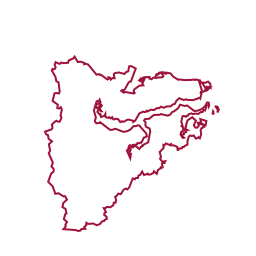 an SVG outline of Yamal-Nenets, rotated 73°
{"feature_id": "RUS-2382", "entity_name": "Yamal-Nenets", "entity_type": "Autonomous Province", "adm_level": 1, "iso_a3": "RUS", "parent_name": "Russia", "parent_adm1": "", "projection": "albers", "projection_center": [74.427, 67.879], "detail": "fine", "context": "isolated", "style": "outline", "palette": "rose", "viewbox_px": 256, "rotation_deg": 73, "n_neighbors": 0, "source": "natural_earth", "source_scale": "10m", "svg_char_len": 5840}
<svg xmlns="http://www.w3.org/2000/svg" viewBox="0 0 256 256"><g transform="rotate(73 128 128)"><path d="M73.4,103.2L84.5,111.7L84.1,112.7L84.8,114.3L90.0,119.6L90.6,121.2L90.0,122.6L90.5,123.6L93.0,121.7L92.5,120.7L96.6,112.6L95.7,112.1L97.3,111.3L94.1,111.7L92.8,110.5L90.9,104.7L91.7,100.9L90.0,101.4L85.7,97.7L84.7,98.6L85.1,100.4L84.2,99.4L84.4,96.5L85.6,92.4L87.0,93.1L88.3,91.2L87.2,89.1L88.5,86.0L88.5,84.2L89.6,80.4L88.7,78.9L86.1,79.8L85.9,77.9L87.8,74.8L86.6,76.0L86.3,75.0L88.3,71.3L92.2,69.7L96.6,65.8L96.4,65.1L98.7,60.0L100.7,52.7L100.6,51.8L101.7,49.8L101.3,49.2L103.6,45.1L105.7,45.1L104.6,46.4L114.3,46.4L116.4,47.8L115.5,48.2L115.8,48.4L117.0,47.9L120.5,50.0L119.9,50.1L120.3,50.9L119.9,51.9L120.4,53.2L120.1,55.0L120.5,57.2L118.5,63.1L117.6,64.0L117.5,66.6L114.5,70.3L116.0,73.5L118.7,76.3L118.6,78.3L119.7,80.8L118.7,84.8L119.1,88.0L117.2,90.3L118.2,92.4L117.4,94.4L118.4,97.8L117.2,101.0L117.9,104.4L117.0,104.8L117.9,106.9L116.8,108.8L117.3,112.8L123.0,118.9L123.6,120.9L122.9,120.5L120.1,125.0L120.0,127.0L120.7,129.3L120.6,131.0L119.8,131.6L120.1,133.7L116.7,134.8L115.4,137.3L115.8,138.4L115.4,139.6L113.1,140.0L114.2,142.4L113.6,141.6L112.1,142.8L112.6,144.1L110.9,146.3L108.0,145.6L109.4,146.9L109.6,150.6L106.9,150.4L107.3,151.0L103.6,152.6L101.1,150.4L103.8,149.3L104.1,148.5L101.3,149.7L98.8,146.4L96.8,147.6L95.5,146.8L92.7,146.9L93.5,147.6L93.3,150.2L101.3,155.5L108.4,155.6L112.0,157.8L114.2,156.9L115.0,153.3L114.4,152.9L124.3,145.9L125.1,144.0L125.0,140.3L130.4,133.5L130.8,129.6L130.2,126.1L127.8,122.2L128.5,120.2L128.3,118.3L128.7,116.6L138.4,112.2L141.4,112.3L141.9,114.1L141.8,115.6L146.0,119.5L145.5,120.6L145.9,121.8L145.1,123.3L146.4,124.3L145.6,128.5L146.3,129.7L145.0,131.0L145.3,132.1L148.9,134.5L149.1,135.7L157.6,134.7L156.0,133.9L156.4,133.4L154.5,134.3L153.8,133.9L154.7,133.4L153.6,132.8L153.4,133.9L150.1,133.3L150.5,132.5L149.4,131.7L147.6,132.3L147.4,129.7L148.0,129.0L147.3,128.2L147.6,126.0L151.4,123.3L149.9,121.4L149.6,119.4L148.8,119.5L147.6,112.9L137.9,107.8L134.7,107.5L132.4,110.2L130.4,110.6L127.7,109.5L125.6,110.5L124.5,109.3L125.3,104.9L123.1,99.4L124.6,93.9L124.3,92.5L127.7,86.6L127.7,84.1L125.6,81.0L125.5,79.0L123.7,74.3L120.9,71.4L123.5,67.5L123.7,64.9L131.2,59.6L131.8,56.2L131.5,52.0L129.9,48.4L131.3,47.3L133.8,49.3L132.9,50.5L134.6,52.1L134.0,53.6L135.1,56.8L133.9,59.3L133.6,62.1L132.6,62.9L132.5,65.6L133.9,67.4L133.4,68.3L134.2,69.5L132.7,71.0L132.8,72.5L137.4,75.1L141.5,75.2L141.8,77.1L142.2,75.2L146.4,75.7L147.4,78.4L150.0,79.6L153.4,78.6L153.6,77.3L150.2,79.3L150.4,76.3L148.9,76.1L148.9,73.6L147.1,73.8L147.3,71.8L145.9,73.4L144.4,72.6L144.7,73.2L138.1,68.9L136.5,63.4L140.9,60.9L144.7,64.3L147.4,63.4L147.9,61.6L146.5,59.6L143.4,59.7L143.8,57.9L144.9,58.3L147.0,55.0L148.9,54.9L148.6,55.5L149.8,56.9L149.6,57.8L151.3,59.2L155.3,59.8L158.9,62.3L157.4,63.4L157.9,64.3L158.0,66.2L154.3,67.4L154.4,69.3L153.3,70.7L153.9,72.3L158.0,75.0L161.3,76.0L161.8,79.3L162.5,80.2L162.1,81.5L163.2,82.5L162.6,85.2L163.7,86.1L163.5,86.9L160.3,86.5L158.0,89.3L157.0,92.2L156.0,91.7L156.3,93.3L153.8,96.3L155.4,98.6L154.7,99.2L157.6,99.8L160.2,104.7L165.3,104.9L166.8,106.4L170.3,105.0L170.6,102.0L172.2,103.4L171.4,105.2L172.0,106.0L175.6,106.2L176.0,107.1L175.2,108.2L176.3,109.0L176.9,111.6L180.2,113.9L177.0,115.8L178.5,117.1L179.0,120.3L178.3,122.5L177.4,122.5L177.7,126.4L173.8,127.2L176.5,130.2L176.4,131.4L176.8,132.1L178.7,133.1L178.1,135.2L179.0,136.5L177.6,138.2L185.3,144.3L186.5,146.6L185.3,147.8L185.7,150.3L189.2,154.3L187.9,156.6L189.8,159.0L190.0,160.4L193.5,160.4L195.8,161.8L195.2,163.4L197.5,164.6L198.6,168.0L197.3,171.5L198.1,173.1L197.6,174.6L202.0,173.6L202.4,175.3L204.1,176.2L206.7,174.4L208.8,174.9L209.0,177.1L209.9,177.9L209.8,180.1L211.7,183.1L211.8,186.5L209.2,189.1L208.1,194.1L206.5,195.5L208.7,196.3L210.0,198.9L211.9,198.3L211.0,202.1L212.1,203.1L212.0,205.5L210.2,208.1L205.9,219.3L203.9,216.3L202.2,216.2L200.0,213.8L196.4,216.0L191.9,213.1L191.7,211.8L187.1,211.4L184.5,213.8L180.9,211.9L178.6,207.3L174.7,208.2L174.6,209.6L170.1,213.5L169.7,216.7L161.8,217.1L156.1,220.1L149.2,214.9L148.0,211.9L145.4,211.0L142.5,212.5L139.2,210.0L129.0,211.2L126.9,209.1L120.4,208.4L118.5,204.6L115.1,207.1L111.4,206.6L110.0,208.2L107.2,208.4L107.0,201.6L105.9,200.2L102.5,199.8L100.6,196.1L100.1,194.4L101.8,192.6L101.9,191.3L98.7,188.6L96.4,188.9L91.1,185.9L88.4,186.2L89.2,188.1L88.3,189.8L85.1,188.3L80.1,192.2L73.4,188.2L73.5,186.5L74.8,183.9L73.1,182.6L64.1,181.1L62.2,182.9L58.1,182.4L50.6,184.0L49.4,182.8L50.2,182.1L50.1,180.7L48.7,179.4L46.2,179.7L43.9,178.0L46.3,175.3L46.7,173.7L45.9,172.6L47.3,170.2L48.1,166.2L46.0,164.9L45.5,160.1L44.1,158.2L50.2,156.8L50.9,153.5L53.0,150.9L54.2,151.3L54.1,149.8L55.7,147.5L67.8,142.5L68.0,140.0L69.0,139.6L69.0,138.4L75.6,133.6L75.3,132.1L73.8,132.0L74.4,130.6L76.7,130.3L75.7,128.4L76.5,126.3L72.4,125.9L71.7,124.2L72.2,120.5L75.3,115.6L74.0,113.6L73.8,111.2L69.4,108.9L69.7,106.9L73.4,103.2ZM115.1,41.2L115.2,44.5L113.6,42.0L106.2,43.9L107.4,40.6L107.0,37.9L109.6,36.4L113.2,37.2L112.6,37.5L112.4,39.7L111.8,40.4L113.3,40.8L114.0,39.1L115.1,41.2ZM144.2,51.0L148.2,53.1L145.3,56.4L140.6,56.2L144.2,51.0ZM100.0,151.7L98.2,152.9L96.2,150.8L95.6,147.8L93.7,147.2L99.6,149.1L99.4,150.5L100.0,151.7ZM127.3,43.4L130.4,43.8L130.9,44.3L129.7,44.0L129.5,47.7L126.7,44.9L127.3,43.4ZM136.2,35.9L135.3,37.4L133.4,37.8L133.6,37.0L132.5,38.5L134.0,36.1L136.2,35.9ZM87.3,100.0L86.6,102.2L85.3,101.4L86.5,100.0L87.3,100.0ZM139.3,42.0L139.0,42.9L136.6,41.7L136.8,41.6L139.3,42.0ZM84.9,83.4L84.2,81.9L84.7,79.1L84.9,79.7L84.9,83.4ZM113.2,38.0L113.6,39.4L112.6,40.0L113.2,38.0ZM137.0,36.0L139.4,38.0L136.1,36.5L137.0,36.0ZM84.8,102.0L86.9,102.2L85.7,103.4L84.8,102.0ZM86.1,75.8L85.2,78.7L84.8,78.7L86.1,75.8ZM85.5,83.6L86.3,86.3L85.7,85.9L84.9,84.6L85.5,83.6Z" fill="none" stroke="#9f1239" stroke-width="2"/></g></svg>